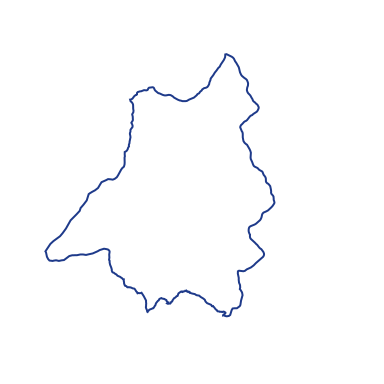 the district of Cepitá, Santander, Colombia, rotated 213°
{"feature_id": "7082276B75602648241124", "entity_name": "Cepitá", "entity_type": "district", "adm_level": 2, "iso_a3": "COL", "parent_name": "Colombia", "parent_adm1": "Santander", "projection": "orthographic", "projection_center": [-72.934, 6.746], "detail": "fine", "context": "isolated", "style": "outline", "palette": "blue", "viewbox_px": 384, "rotation_deg": 213, "n_neighbors": 0, "source": "geoboundaries", "source_scale": "gbopen_adm2", "svg_char_len": 5988}
<svg xmlns="http://www.w3.org/2000/svg" viewBox="0 0 384 384"><g transform="rotate(213 192 192)"><path d="M181.3,296.0L181.6,298.2L182.0,299.1L182.6,299.7L184.6,300.8L185.1,300.9L186.4,301.0L187.9,301.4L189.5,301.5L190.3,301.7L191.0,302.1L191.7,302.7L193.6,303.6L195.6,304.7L197.1,305.1L198.6,305.4L199.7,305.9L200.8,306.7L201.6,307.5L202.6,309.8L203.0,311.6L204.0,313.5L204.9,314.4L206.9,315.8L208.2,316.1L210.6,316.2L213.5,316.6L214.7,317.1L216.9,318.5L218.9,320.4L219.8,321.3L220.9,322.2L225.4,324.5L227.0,325.1L229.4,326.6L230.7,327.0L232.3,327.1L238.1,326.4L239.0,325.5L238.3,324.3L237.6,322.9L237.2,320.1L237.3,314.6L237.0,312.2L237.5,310.3L237.6,307.3L237.9,304.6L237.8,301.5L238.1,297.6L238.0,296.9L237.6,296.3L237.0,293.2L236.4,291.9L236.2,290.1L236.3,288.4L237.1,287.0L238.4,285.7L239.3,283.5L239.2,282.8L239.2,282.3L239.8,280.5L239.8,278.7L240.7,277.1L240.8,276.4L240.7,275.9L241.8,272.2L244.7,268.0L245.9,265.6L246.9,264.7L249.5,263.0L251.3,262.5L252.1,262.1L254.2,261.7L258.4,261.4L260.0,261.7L262.0,261.7L263.0,261.5L264.3,260.9L266.5,258.8L267.4,258.2L268.4,257.8L269.5,257.5L273.0,257.0L273.9,256.6L274.7,256.6L277.9,257.0L279.0,257.4L280.4,258.4L281.0,258.6L281.5,258.6L282.1,258.4L284.8,256.1L285.0,255.4L285.0,254.6L284.8,253.8L285.0,253.1L285.6,252.4L287.7,251.3L289.5,248.8L290.5,248.0L291.9,246.3L292.1,245.4L291.8,244.6L291.3,243.9L291.5,243.1L292.0,242.7L292.6,241.0L292.8,237.8L293.6,236.3L294.2,235.8L293.7,235.4L293.3,234.9L292.7,234.6L291.5,234.5L290.2,234.0L289.3,233.4L288.8,232.9L286.6,229.7L285.3,228.3L284.6,226.8L284.5,224.6L284.0,224.1L282.8,223.0L280.8,220.2L280.6,219.4L280.6,217.1L280.3,216.8L279.2,216.3L277.8,215.1L277.3,214.1L277.5,210.9L277.1,210.0L276.5,209.1L276.1,207.5L275.4,206.5L274.4,205.6L273.4,204.4L271.8,200.3L271.0,198.8L270.8,197.7L270.5,196.9L269.7,196.0L269.7,194.5L269.5,193.5L269.2,192.8L269.2,191.1L269.5,190.2L270.2,188.9L268.6,186.4L267.8,185.5L267.3,184.1L264.5,180.0L263.6,178.4L262.9,176.2L263.5,174.0L263.6,172.2L263.1,165.7L263.1,163.4L264.0,160.9L265.2,159.2L267.2,158.3L269.4,157.1L270.6,155.0L273.2,151.0L273.2,149.0L273.0,144.2L274.3,140.5L275.8,137.8L276.9,135.5L277.5,134.0L275.7,127.6L276.1,122.2L276.7,117.9L275.9,115.0L276.7,110.3L278.4,102.1L277.8,92.7L278.1,86.9L278.6,83.0L281.5,75.3L282.5,71.3L282.6,62.4L281.5,61.8L278.4,58.7L276.1,57.4L274.2,56.9L271.3,58.3L270.4,59.3L268.8,60.7L266.1,61.7L264.1,63.7L262.3,65.2L260.0,71.5L258.0,73.7L254.0,76.4L251.5,78.9L249.5,80.2L246.6,81.5L244.6,83.6L241.8,86.4L238.8,91.0L237.8,93.0L234.9,96.5L232.6,97.5L231.2,98.0L229.5,97.8L228.7,97.2L228.3,96.5L227.4,94.5L225.5,91.9L224.6,89.9L223.7,89.5L222.6,87.9L221.1,86.4L218.5,84.6L217.9,84.0L217.2,83.5L216.5,82.4L215.3,81.5L214.6,81.4L213.8,81.7L211.4,81.5L210.6,81.7L208.9,81.2L206.0,81.7L205.2,81.6L203.5,81.6L202.5,81.2L202.1,81.3L201.6,81.6L200.8,80.2L200.0,79.5L198.9,78.0L198.1,77.7L197.6,77.1L197.0,76.9L195.7,77.3L194.5,76.9L194.1,77.0L193.7,77.2L193.2,77.8L191.8,78.3L191.5,78.6L189.2,78.9L187.9,79.5L187.0,79.4L184.5,78.2L183.6,78.1L183.0,77.6L182.6,77.4L182.4,77.8L182.2,78.0L181.3,78.3L180.1,79.2L179.6,79.6L179.4,80.0L175.8,78.4L172.4,76.5L171.4,75.9L170.7,74.8L169.5,73.3L169.1,72.4L168.3,71.2L168.2,70.8L167.9,70.2L167.0,69.4L165.6,68.5L164.3,67.2L163.9,67.2L164.0,68.5L163.8,68.7L163.7,70.0L161.9,72.5L161.6,73.2L161.2,73.4L161.1,73.9L161.1,75.1L161.2,76.4L161.0,76.8L161.2,77.7L161.6,78.9L161.5,80.5L161.3,82.2L160.9,83.0L161.1,84.3L161.0,84.7L160.1,86.1L159.8,86.4L159.4,86.3L158.9,86.4L158.1,86.8L157.3,87.0L156.9,87.3L156.1,87.2L154.7,87.4L153.7,86.6L153.3,86.6L152.6,86.2L152.2,86.3L151.8,86.5L151.7,86.2L152.2,85.0L151.8,85.0L151.4,85.1L150.5,85.8L150.3,86.2L149.5,86.6L149.4,87.4L149.6,88.3L149.0,89.4L149.1,89.8L149.3,90.2L149.2,93.0L149.1,93.4L148.8,93.7L148.3,95.3L148.2,96.2L147.6,96.8L147.5,97.2L147.7,97.6L147.8,98.4L148.0,98.8L148.1,99.7L147.0,102.5L146.4,103.0L146.0,102.7L145.6,102.8L145.3,103.1L145.1,103.9L144.1,104.7L143.9,105.1L143.9,105.5L143.5,105.7L142.3,105.8L142.5,106.2L140.9,106.1L140.7,106.5L139.2,106.3L139.2,106.7L138.5,106.4L136.4,107.0L134.1,107.9L132.1,107.9L129.5,109.0L127.7,108.7L124.6,108.8L122.6,108.6L121.0,107.5L118.8,107.0L114.5,107.8L113.1,107.1L112.8,107.2L112.5,107.4L112.4,107.6L112.2,107.8L111.7,107.5L110.7,107.4L108.9,106.7L107.5,106.4L106.6,106.4L105.8,105.9L105.2,106.0L104.3,106.6L103.3,106.7L102.5,107.4L101.4,107.7L100.8,108.2L100.7,108.7L99.7,109.1L98.4,109.1L98.1,108.9L98.0,108.3L98.2,107.6L98.8,106.2L98.8,105.6L98.7,105.4L98.2,105.9L96.6,106.1L95.1,106.7L93.6,108.1L93.0,109.7L94.4,114.5L94.5,116.4L93.1,117.6L91.0,119.0L89.8,122.2L89.9,123.6L91.7,127.6L93.4,133.0L95.3,135.0L97.9,136.3L99.0,136.6L99.6,138.2L101.0,140.1L103.2,141.6L105.0,143.8L106.0,145.4L109.1,148.5L110.3,150.5L109.7,151.6L105.8,153.5L104.7,154.7L104.3,155.9L103.9,157.0L101.5,160.8L100.3,164.1L99.7,167.2L97.1,176.3L97.1,177.4L97.4,178.6L98.1,179.6L99.5,180.6L102.7,181.8L104.3,181.8L105.5,182.1L108.6,183.2L109.7,183.3L111.7,183.8L117.1,184.7L118.2,185.2L119.1,186.1L120.2,187.9L121.0,188.2L122.7,189.5L123.5,190.5L124.3,191.9L124.7,193.1L124.7,194.2L124.2,195.3L121.7,198.9L121.0,200.4L119.6,205.5L119.6,206.9L119.9,208.6L121.0,211.5L121.0,212.7L120.8,213.7L119.1,216.3L118.2,218.0L117.9,219.2L117.1,222.4L116.8,224.3L116.8,227.2L117.2,228.2L118.4,229.3L119.2,229.9L119.8,230.8L121.2,232.6L122.0,233.0L124.6,233.8L125.4,234.6L126.0,235.7L127.2,237.1L129.6,239.5L131.3,240.1L132.5,240.4L133.7,240.3L135.0,240.6L135.8,241.2L137.4,243.5L138.3,244.3L139.6,244.9L141.2,245.4L142.4,246.2L143.4,247.0L144.3,247.4L147.7,247.2L150.1,247.8L153.4,247.4L154.6,247.6L156.0,248.5L157.7,249.8L160.7,251.7L161.7,252.9L164.0,257.0L165.4,258.2L166.9,259.2L171.6,261.6L172.7,261.6L174.7,261.9L176.5,262.7L177.8,264.0L179.2,265.5L181.1,268.4L182.2,269.6L183.2,270.0L186.7,272.4L187.2,273.4L187.3,274.9L186.9,276.4L186.5,279.1L186.1,280.1L185.5,280.9L185.0,282.3L184.6,286.9L184.1,288.4L183.4,289.3L183.1,290.8L181.4,294.6L181.3,296.0Z" fill="none" stroke="#1e3a8a" stroke-width="2"/></g></svg>